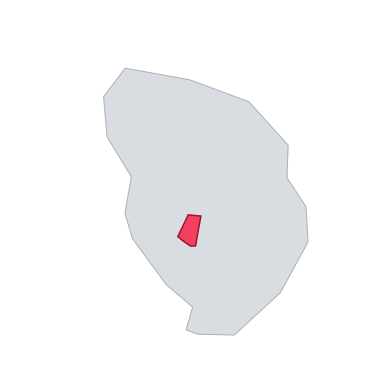 Mauritius, with Vacoas-Phoenix highlighted, rotated 313°
{"feature_id": "MUS-5196", "entity_name": "Vacoas-Phoenix", "entity_type": "City", "adm_level": 1, "iso_a3": "MUS", "parent_name": "Mauritius", "parent_adm1": "", "projection": "robinson", "projection_center": [57.481, -20.303], "detail": "fine", "context": "in_parent", "style": "filled", "palette": "rose", "viewbox_px": 384, "rotation_deg": 313, "n_neighbors": 0, "source": "natural_earth", "source_scale": "10m", "svg_char_len": 552}
<svg xmlns="http://www.w3.org/2000/svg" viewBox="0 0 384 384"><g transform="rotate(313 192 192)"><path d="M234.6,310.9L178.7,325.3L116.2,320.5L91.9,293.1L87.2,281.7L108.2,270.9L106.8,235.8L117.3,180.3L130.6,157.5L161.8,137.2L174.4,92.3L201.3,62.4L237.0,58.7L272.6,114.0L296.8,172.1L291.8,230.4L267.2,251.8L259.0,285.4L234.6,310.9Z" fill="#d9dde1" stroke="#a8b0b8" stroke-width="1"/><path d="M155.0,231.4L151.5,227.9L150.1,219.1L149.7,212.0L172.7,204.8L180.5,214.9L160.3,227.9L155.0,231.4Z" fill="#f43f5e" stroke="#9f1239" stroke-width="1.5"/></g></svg>